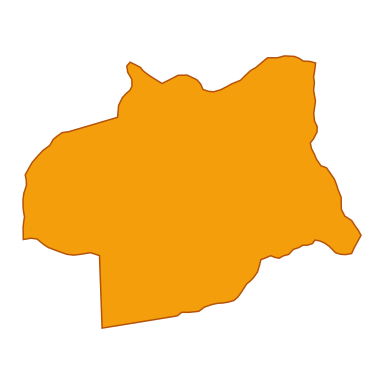 the district of Guariba, São Paulo, Brazil
{"feature_id": "56859067B39264399371297", "entity_name": "Guariba", "entity_type": "district", "adm_level": 2, "iso_a3": "BRA", "parent_name": "Brazil", "parent_adm1": "São Paulo", "projection": "albers", "projection_center": [-48.212, -21.397], "detail": "fine", "context": "isolated", "style": "filled", "palette": "amber", "viewbox_px": 384, "rotation_deg": 0, "n_neighbors": 0, "source": "geoboundaries", "source_scale": "gbopen_adm2", "svg_char_len": 1740}
<svg xmlns="http://www.w3.org/2000/svg" viewBox="0 0 384 384"><path d="M177.1,315.9L181.8,312.3L189.4,312.3L198.8,311.3L204.4,307.1L212.0,304.5L217.6,303.3L222.8,303.0L228.7,302.0L233.9,300.5L237.5,297.4L240.3,293.7L243.4,289.0L246.6,284.0L250.6,280.7L253.9,277.2L257.5,271.9L259.6,265.0L260.8,259.7L265.3,258.0L270.7,255.7L275.0,257.4L279.2,258.2L283.2,255.9L288.7,254.4L293.3,249.4L298.8,247.6L302.7,245.3L307.2,245.2L312.4,243.6L315.0,240.0L320.0,241.0L324.5,243.0L329.2,246.3L335.5,252.7L340.5,254.3L345.6,254.6L351.6,253.5L354.3,247.6L357.0,242.7L361.0,235.4L358.2,230.1L355.4,226.3L351.6,220.5L344.8,216.1L341.4,209.5L341.2,204.2L341.2,197.4L337.9,189.3L336.5,184.6L334.4,179.2L326.5,167.8L320.8,165.7L316.3,158.9L314.1,153.6L311.5,148.7L310.3,142.9L313.4,139.0L317.0,132.1L317.2,126.7L314.6,121.2L313.7,113.6L314.6,107.2L315.5,101.2L313.6,90.3L314.4,82.4L313.6,76.9L314.6,71.1L315.6,63.0L309.7,61.4L303.2,61.1L298.8,58.1L294.3,56.4L284.4,55.9L277.4,57.8L267.5,57.8L261.0,63.2L255.9,67.5L250.5,70.6L245.5,75.3L240.5,80.3L231.6,83.9L226.1,87.0L220.5,89.8L213.6,91.8L208.5,91.3L203.0,89.5L200.6,84.0L196.9,79.8L187.2,75.1L178.0,75.3L171.4,78.8L162.0,83.5L154.9,79.1L149.0,75.3L143.4,71.1L140.5,67.5L135.7,64.9L130.1,62.2L126.8,66.0L127.7,72.2L131.8,79.4L132.0,86.3L129.9,90.3L125.9,93.8L122.3,97.8L118.6,105.4L117.6,117.3L68.3,131.8L62.2,132.6L56.8,136.4L53.0,139.7L49.9,145.3L43.1,150.3L38.0,155.7L32.3,162.3L28.7,168.5L25.2,174.9L26.3,180.3L26.4,185.5L23.9,193.1L23.0,199.2L23.0,204.8L23.3,209.9L24.5,217.0L23.6,222.6L23.1,227.3L23.3,239.5L31.0,238.2L37.0,239.0L43.7,244.5L48.3,247.5L58.0,251.2L66.8,254.3L73.6,255.1L79.9,254.4L90.5,252.7L99.5,255.6L102.1,328.1L177.1,315.9Z" fill="#f59e0b" stroke="#b45309" stroke-width="1.5"/></svg>